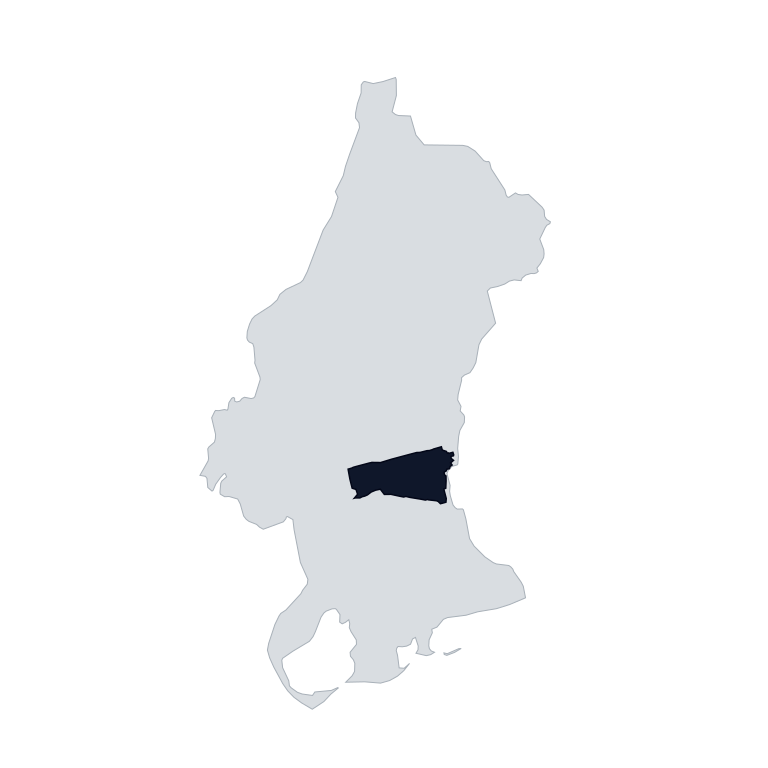 Baherden, Ahal, Turkmenistan (highlighted), rotated 256°
{"feature_id": "10190150B40000077655635", "entity_name": "Baherden", "entity_type": "district", "adm_level": 2, "iso_a3": "TKM", "parent_name": "Turkmenistan", "parent_adm1": "Ahal", "projection": "natural_earth1", "projection_center": [57.355, 39.019], "detail": "fine", "context": "in_parent", "style": "filled", "palette": "ink", "viewbox_px": 768, "rotation_deg": 256, "n_neighbors": 0, "source": "geoboundaries", "source_scale": "gbopen_adm2", "svg_char_len": 5132}
<svg xmlns="http://www.w3.org/2000/svg" viewBox="0 0 768 768"><g transform="rotate(256 384 384)"><path d="M231.0,259.7L264.3,261.5L274.5,262.8L278.8,258.2L278.6,257.1L277.0,256.2L274.6,253.0L272.3,231.7L275.2,228.6L278.6,226.4L283.4,219.7L286.0,217.6L289.8,215.9L302.4,215.5L307.8,214.2L312.3,206.5L313.2,202.1L316.7,198.5L318.6,198.6L327.2,201.6L329.1,203.2L332.0,208.8L335.2,208.4L335.7,207.5L335.3,206.3L332.9,202.8L327.5,196.5L322.2,192.5L321.7,191.2L326.2,188.0L335.3,189.4L337.6,188.4L339.9,183.3L351.9,194.7L354.2,195.8L363.7,197.3L365.3,198.9L368.6,205.4L371.9,207.2L375.9,208.4L392.9,208.6L398.2,213.0L399.1,214.1L398.1,217.2L397.8,223.1L396.5,225.5L397.4,226.5L403.4,229.0L407.0,232.8L407.4,234.5L406.4,235.6L403.5,235.0L402.2,236.7L402.2,239.8L404.3,242.8L404.9,245.4L402.0,251.6L402.0,254.2L403.0,255.7L418.3,265.0L420.8,265.3L435.6,263.6L438.3,264.6L451.3,266.7L454.9,266.4L457.3,263.4L459.7,262.2L461.9,262.1L468.1,264.1L474.7,268.1L479.0,271.7L481.2,275.1L487.4,293.3L491.5,300.8L496.2,304.7L499.5,311.8L502.6,327.4L504.4,330.6L511.6,336.8L548.1,362.2L559.2,373.6L576.3,384.5L582.5,383.3L596.0,394.9L604.5,399.3L615.5,406.4L638.7,422.3L643.6,422.9L649.0,420.7L653.8,422.0L662.5,426.1L671.9,432.2L679.8,434.3L682.1,437.0L682.2,438.5L678.1,446.2L677.7,456.1L678.6,469.3L676.5,469.5L660.9,465.8L646.1,457.7L642.7,460.3L641.0,463.0L637.6,474.5L617.8,475.2L606.3,480.8L596.5,518.1L594.3,522.7L587.9,528.8L576.6,534.8L574.9,537.2L574.6,539.4L573.2,540.1L566.9,540.1L543.1,548.2L537.8,548.2L535.7,548.9L534.9,550.3L537.6,557.8L535.5,559.9L534.0,563.6L533.0,570.1L517.3,580.2L514.0,581.4L507.7,580.4L504.4,581.5L501.1,584.7L499.5,583.7L498.7,580.5L496.9,578.4L487.0,570.2L475.7,571.5L471.5,570.8L468.1,569.5L462.9,564.8L459.5,560.4L456.0,560.9L454.9,558.8L454.8,556.3L455.7,553.4L455.4,547.8L453.4,543.7L451.1,542.0L453.5,535.5L453.5,530.6L451.8,525.4L451.1,517.8L451.4,510.4L449.2,506.7L416.0,507.0L404.0,489.7L399.1,485.6L382.6,478.3L378.0,474.4L374.2,470.1L373.2,464.2L371.4,460.8L368.8,460.2L355.9,453.4L350.7,451.6L343.7,453.3L339.4,451.4L334.6,454.0L332.5,454.2L327.2,452.6L320.6,446.4L315.2,443.8L303.7,439.9L295.7,438.7L288.6,436.3L287.8,435.4L287.6,430.2L286.6,428.0L284.6,425.4L281.8,423.4L269.6,423.6L264.0,421.7L259.6,421.3L249.9,421.7L246.8,423.1L244.9,424.8L243.8,429.9L242.7,430.6L233.3,430.8L213.3,429.6L204.9,432.2L191.9,440.0L184.4,446.6L182.2,449.5L177.7,461.2L175.7,462.9L173.2,464.2L170.6,464.5L158.7,469.1L154.1,470.2L142.3,469.6L139.6,452.4L138.8,438.7L140.3,419.8L139.8,407.7L142.0,389.2L141.3,384.7L135.3,376.6L134.5,371.0L130.9,370.7L124.9,365.9L119.1,364.1L116.2,364.0L113.5,365.3L111.5,368.1L110.1,363.8L110.2,359.3L115.0,349.9L117.9,352.7L121.5,353.8L130.5,353.2L129.7,350.0L125.1,346.8L124.2,342.6L124.6,338.2L125.9,334.1L124.5,332.4L122.4,331.4L117.5,331.5L104.9,330.0L103.3,334.8L106.7,341.2L101.1,333.9L97.3,326.5L94.9,317.7L94.6,308.3L99.7,293.2L103.9,274.7L108.6,282.5L112.2,285.9L120.0,288.1L123.8,287.6L127.9,285.6L131.9,286.2L138.0,294.3L142.4,295.2L151.7,292.1L156.0,291.4L159.8,292.8L163.8,292.8L162.1,289.0L161.4,285.4L163.7,283.4L170.9,285.5L176.8,283.3L177.8,282.4L178.4,279.2L177.6,272.9L176.3,270.2L173.0,266.5L160.3,257.5L156.0,254.0L152.4,249.4L146.8,231.0L142.4,219.3L140.7,218.0L133.2,217.0L119.0,219.8L114.0,219.2L111.7,220.4L105.8,225.4L103.0,229.6L99.1,239.3L101.9,242.4L99.4,258.7L100.6,265.6L100.1,266.1L96.0,257.5L90.4,248.8L85.8,235.7L94.4,227.0L101.7,220.9L109.5,216.4L117.7,213.3L135.9,208.6L145.9,206.8L154.0,206.5L160.3,209.4L177.1,220.0L184.3,226.0L186.4,228.4L188.4,234.1L200.6,252.6L203.6,255.2L208.3,261.1L212.9,262.9L231.0,259.7ZM109.1,392.5L108.7,394.9L106.5,387.5L105.5,379.3L107.0,377.0L108.6,377.1L107.0,380.1L109.1,392.5Z" fill="#d9dde1" stroke="#a8b0b8" stroke-width="1"/><path d="M280.4,327.6L280.4,328.7L279.6,331.9L279.3,333.1L279.9,335.5L279.9,335.8L279.9,336.3L279.9,338.2L280.4,341.1L282.0,344.8L282.1,345.0L282.3,345.5L283.0,350.2L282.9,353.2L282.8,355.0L276.8,357.6L276.7,357.9L275.6,362.6L275.3,364.0L273.9,366.8L271.3,372.1L269.6,375.7L269.6,376.8L269.6,378.1L267.8,381.5L265.3,387.3L263.5,391.5L261.6,395.6L261.4,395.9L261.4,397.4L261.3,398.7L261.0,399.0L260.8,399.2L258.0,406.7L257.2,407.8L257.0,408.1L254.2,409.8L254.2,411.7L254.3,415.5L257.8,416.7L267.6,416.6L267.9,418.7L275.0,420.8L279.8,421.9L280.5,421.1L282.6,420.7L284.0,421.1L284.6,423.3L286.1,424.4L286.0,427.1L288.0,428.1L288.9,430.5L290.0,430.1L291.3,429.5L291.5,429.9L293.1,433.0L295.4,431.3L295.6,431.2L297.6,431.4L297.5,434.0L298.4,434.5L298.5,434.5L300.3,434.4L301.1,434.3L301.0,430.2L301.5,430.0L301.5,428.8L303.5,428.2L305.8,424.6L307.7,424.5L309.2,424.5L308.9,416.2L308.7,415.4L308.6,415.2L308.6,414.8L308.5,412.8L308.4,412.2L308.9,409.6L308.9,408.2L308.9,402.6L308.9,402.4L309.6,399.2L309.5,390.5L309.2,373.4L309.2,373.2L308.6,361.5L309.2,359.5L309.9,356.7L310.9,353.1L310.8,352.8L310.9,350.6L310.7,337.0L310.7,336.9L310.6,334.0L310.6,333.9L310.2,332.3L310.2,331.2L310.1,330.1L310.1,328.9L310.1,328.6L309.3,328.5L300.0,327.9L297.0,327.9L290.6,327.9L288.5,331.3L286.2,331.5L283.4,331.7L281.2,328.7L280.4,327.6Z" fill="#0f172a" stroke="#020617" stroke-width="1.5"/></g></svg>